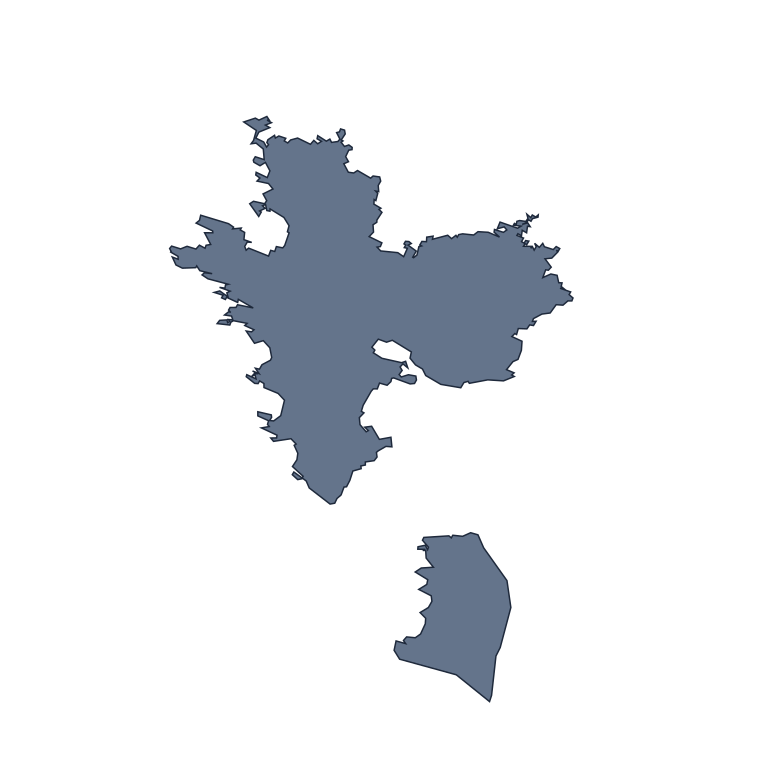 Aukra nor, Møre og Romsdal, Norway, rotated 32°
{"feature_id": "86288312B52502401984724", "entity_name": "Aukra nor", "entity_type": "district", "adm_level": 2, "iso_a3": "NOR", "parent_name": "Norway", "parent_adm1": "Møre og Romsdal", "projection": "mercator", "projection_center": [6.9, 62.807], "detail": "fine", "context": "isolated", "style": "filled", "palette": "slate", "viewbox_px": 768, "rotation_deg": 32, "n_neighbors": 0, "source": "geoboundaries", "source_scale": "gbopen_adm2", "svg_char_len": 6159}
<svg xmlns="http://www.w3.org/2000/svg" viewBox="0 0 768 768"><g transform="rotate(32 384 384)"><path d="M426.2,160.9L425.2,158.9L424.2,162.0L420.2,162.1L420.3,165.1L415.2,164.3L418.3,167.2L418.1,171.0L412.4,173.5L410.5,175.6L411.6,178.6L409.5,178.7L409.6,180.7L416.6,177.5L414.7,181.1L396.6,185.2L397.8,192.3L402.7,187.1L406.5,188.3L404.9,192.1L395.8,194.4L396.9,196.9L404.1,198.2L392.0,200.1L383.0,205.0L381.1,210.1L371.1,215.0L368.2,217.7L368.3,220.7L366.2,219.8L364.3,224.9L359.2,224.1L348.4,235.6L347.3,232.6L342.4,236.8L344.6,240.8L340.6,243.0L340.7,247.1L342.7,247.0L340.8,249.1L343.6,257.1L342.2,261.2L341.2,261.3L340.9,254.2L330.8,253.5L332.7,250.4L329.6,250.0L326.6,251.6L326.7,254.6L328.8,254.6L328.9,257.6L331.9,256.5L333.2,265.6L326.1,265.3L310.7,272.9L305.6,271.6L308.1,269.4L307.4,265.4L293.3,266.9L294.6,260.7L290.3,254.8L292.2,250.7L291.1,248.7L291.3,239.5L287.2,238.6L288.2,236.6L280.1,236.8L277.9,232.8L279.9,232.8L277.7,225.7L274.6,224.8L277.6,223.7L273.9,218.7L273.7,213.7L270.6,210.7L264.5,213.4L263.6,216.5L248.4,217.0L246.5,221.1L241.5,223.3L233.2,218.5L236.1,214.3L231.0,211.5L230.2,204.4L232.7,202.2L231.6,200.2L227.5,199.9L224.6,203.5L219.5,201.7L220.4,199.6L218.4,199.7L218.6,192.5L216.0,189.6L212.0,190.7L212.6,193.8L210.6,195.9L216.8,199.7L216.4,202.8L211.5,206.9L208.3,205.0L206.4,208.6L196.2,208.5L197.3,211.5L202.4,211.3L200.5,215.4L195.4,214.6L194.6,219.7L180.4,221.2L175.5,226.5L174.6,230.6L170.6,230.7L170.5,227.7L163.4,229.4L161.5,233.0L159.4,231.1L156.1,238.3L156.7,241.3L159.3,242.3L158.9,245.3L153.7,242.5L145.0,243.4L144.4,236.7L151.3,227.1L146.2,227.3L150.1,222.0L145.0,222.2L147.0,221.1L142.9,219.2L138.1,226.5L134.0,226.7L126.2,236.1L141.4,236.6L144.3,246.6L144.0,250.7L147.9,247.5L157.1,248.7L163.5,257.2L154.4,259.5L154.5,263.4L156.1,264.9L163.2,264.6L166.0,258.9L174.3,263.7L175.6,270.8L163.4,272.2L164.5,274.7L169.6,275.1L168.8,279.2L179.8,275.2L186.5,277.5L180.7,286.9L187.4,290.7L187.2,294.4L176.5,298.2L174.6,302.3L189.0,308.3L188.8,303.2L186.8,303.2L190.1,298.1L186.5,297.2L188.5,294.6L192.7,299.0L195.7,297.9L194.6,295.9L210.9,295.8L219.6,300.1L221.4,306.1L223.4,306.1L226.4,319.2L226.0,322.2L219.9,324.5L221.1,329.5L217.1,330.7L218.3,336.7L197.2,340.5L196.2,343.6L193.0,341.2L192.8,336.1L196.8,334.0L188.7,335.8L185.5,329.3L180.4,329.5L180.3,327.4L173.4,332.7L173.3,330.7L167.2,330.4L139.1,338.0L140.8,343.0L139.4,347.1L157.6,345.0L158.7,346.5L151.7,350.8L163.1,357.5L159.6,360.6L160.3,363.7L153.9,364.1L153.0,369.2L144.0,371.6L139.9,377.2L130.8,379.6L130.4,382.7L134.0,384.9L132.5,385.2L141.7,384.9L143.3,387.3L137.2,388.5L144.5,393.3L151.6,392.6L162.7,385.1L162.6,383.1L167.8,385.5L179.8,381.5L172.8,384.8L171.9,387.9L179.0,388.1L199.1,381.9L197.1,384.0L198.3,387.0L193.3,389.2L204.3,386.8L202.4,389.9L205.6,392.8L195.4,392.1L191.5,396.3L200.5,394.0L200.6,397.0L204.7,396.4L204.6,393.9L216.7,392.4L215.6,389.4L232.8,388.8L217.8,394.4L217.9,397.5L212.9,400.7L213.0,403.7L216.1,404.6L214.1,404.7L212.2,410.0L218.7,407.2L221.8,409.7L217.8,411.8L219.9,412.8L218.9,414.8L216.8,412.9L210.9,417.1L210.5,421.2L222.0,415.7L221.4,412.7L222.8,410.1L235.8,405.1L234.9,408.2L245.0,406.9L244.1,409.9L239.1,412.1L252.6,418.1L258.7,411.2L268.0,413.8L274.7,421.0L275.1,424.0L270.3,432.3L270.5,437.4L266.6,438.8L272.6,441.4L265.6,442.6L271.6,442.4L268.6,443.5L267.8,447.6L269.7,444.5L272.8,447.5L262.7,448.8L263.3,450.8L274.0,452.0L277.0,450.4L276.9,447.3L281.9,447.2L284.1,450.6L299.2,448.1L308.2,450.5L313.2,465.6L310.0,473.8L306.3,475.6L306.4,471.9L304.8,469.9L291.7,474.4L293.9,477.9L305.6,476.3L306.6,480.0L309.2,480.9L303.3,486.2L320.4,484.1L321.5,486.6L316.6,489.8L320.7,491.2L334.1,479.7L341.3,481.5L340.3,483.6L347.6,488.4L350.3,494.4L350.1,502.5L364.3,505.1L364.4,507.1L354.2,506.4L354.3,509.5L361.5,510.8L365.4,507.1L369.5,507.5L375.7,511.8L401.9,514.4L405.4,511.2L404.8,506.0L406.4,500.8L404.7,492.6L406.7,491.0L406.1,483.8L403.7,474.3L409.5,467.9L407.8,465.8L411.1,462.6L409.5,460.0L416.3,454.2L416.8,449.6L413.8,446.0L414.6,443.6L418.7,435.9L424.0,433.1L418.1,425.5L409.4,433.4L395.9,426.4L390.6,430.8L395.4,431.8L394.2,434.0L385.2,431.2L380.9,425.6L382.3,419.1L379.3,419.2L377.6,413.1L377.0,396.9L377.5,393.8L380.9,391.7L379.7,385.6L387.3,383.4L388.6,378.3L387.5,375.2L389.0,373.7L406.1,370.1L409.6,367.4L409.4,363.4L406.8,360.4L399.8,363.2L394.9,368.9L391.8,368.0L392.2,362.9L388.6,361.0L389.4,356.9L395.6,357.7L390.3,353.3L387.6,356.6L368.6,363.3L358.4,363.2L358.3,360.1L354.2,359.2L355.4,349.0L364.0,347.2L367.9,342.5L390.2,342.3L392.4,348.3L400.6,351.1L408.7,350.9L414.9,354.7L432.4,354.2L451.1,346.5L451.0,340.4L453.9,337.2L456.0,338.2L469.8,325.5L483.7,318.0L490.5,308.6L487.5,308.7L488.4,305.6L480.3,306.9L481.5,296.7L484.6,292.1L482.7,282.7L478.4,274.6L467.3,276.0L468.2,271.9L470.2,271.8L468.5,265.8L476.0,261.5L476.2,256.7L479.8,255.2L479.7,250.2L476.7,252.3L476.1,249.3L480.9,241.0L487.3,235.7L488.0,225.5L494.0,222.3L495.9,216.1L499.3,214.0L498.7,210.9L493.6,210.1L493.5,207.0L482.5,209.5L485.9,207.8L482.6,207.4L481.4,203.9L478.5,205.5L473.2,200.1L467.2,202.3L462.3,209.6L460.6,201.5L463.1,200.4L463.9,196.3L454.2,192.5L459.6,188.3L461.4,180.1L459.3,179.1L461.4,179.1L461.3,176.0L457.2,176.2L456.3,180.3L447.3,182.6L444.1,180.6L443.3,185.8L437.2,184.9L440.3,186.9L440.4,190.9L437.3,189.0L436.4,191.1L436.3,189.0L429.3,193.3L429.2,190.3L431.2,190.2L431.1,186.1L428.1,187.3L428.2,190.3L425.2,190.4L425.0,186.3L418.0,187.6L417.9,185.6L422.0,185.4L419.8,180.4L424.8,180.2L422.1,174.2L424.6,173.1L420.5,171.2L416.6,175.4L419.5,171.3L419.4,168.2L422.4,168.1L422.3,165.1L426.2,160.9ZM641.8,597.4L640.2,591.0L623.1,555.4L622.2,545.9L610.0,506.3L592.5,485.6L555.3,470.1L543.6,462.1L536.3,464.2L531.4,471.5L522.5,475.8L522.6,478.8L519.5,478.4L499.1,493.0L499.4,496.1L508.2,498.8L508.8,501.4L504.4,498.9L499.1,504.0L500.2,506.2L506.6,502.4L505.1,504.6L507.6,503.1L512.0,509.3L523.0,513.2L513.1,520.3L510.1,526.9L524.8,526.8L526.5,531.3L522.3,539.8L536.3,538.6L539.8,542.9L540.1,550.0L535.7,558.7L543.5,560.6L546.1,565.5L547.5,576.6L545.0,582.6L537.2,586.5L536.4,591.2L539.9,592.7L530.4,595.5L533.7,604.5L543.1,609.1L599.4,592.3L641.8,597.4Z" fill="#64748b" stroke="#1e293b" stroke-width="1.5"/></g></svg>